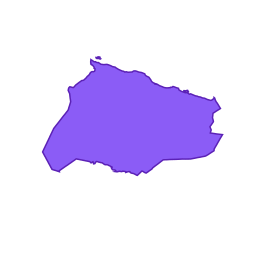 outline of Saudi Arabia, rotated 137°
{"feature_id": "SAU", "entity_name": "Saudi Arabia", "entity_type": "country or territory", "adm_level": 0, "iso_a3": "SAU", "parent_name": "Asia", "parent_adm1": "", "projection": "natural_earth1", "projection_center": [44.88, 24.248], "detail": "fine", "context": "isolated", "style": "filled", "palette": "violet", "viewbox_px": 256, "rotation_deg": 137, "n_neighbors": 0, "source": "natural_earth", "source_scale": "50m", "svg_char_len": 5110}
<svg xmlns="http://www.w3.org/2000/svg" viewBox="0 0 256 256"><g transform="rotate(137 128 128)"><path d="M182.7,178.3L180.8,178.6L179.0,178.9L176.9,179.2L174.4,179.6L172.5,179.9L169.6,180.4L167.1,180.8L164.7,181.1L162.3,181.5L160.2,181.8L159.0,182.2L157.6,183.1L155.4,184.3L153.2,185.6L152.0,186.3L150.8,188.0L150.2,188.9L149.1,190.4L148.2,191.6L147.2,193.0L146.8,194.3L146.1,196.3L145.6,196.7L144.6,197.4L143.7,197.8L142.4,197.8L141.6,196.6L140.8,195.3L140.3,194.8L140.0,194.8L138.6,194.9L137.0,195.1L135.0,194.9L132.8,194.7L130.7,194.4L129.6,194.3L128.3,193.4L127.9,193.3L127.6,193.2L125.9,193.2L124.3,193.2L122.7,193.5L121.1,193.4L119.5,193.5L118.9,193.8L118.3,193.8L117.9,194.1L117.6,194.2L117.2,194.0L116.7,194.0L115.9,193.8L115.4,193.3L115.0,192.8L114.5,192.6L114.0,192.4L113.5,192.4L113.0,192.7L112.6,193.0L111.7,193.9L111.7,194.2L112.1,194.8L111.9,195.0L111.4,195.4L111.2,196.2L111.2,196.7L111.1,197.9L111.3,198.8L111.6,199.1L111.6,199.5L111.5,200.3L111.0,200.5L110.6,201.3L110.4,201.6L110.0,202.0L108.5,203.3L108.4,202.6L107.9,201.4L107.9,200.6L107.7,199.8L107.3,199.2L106.5,198.6L106.4,197.7L105.9,196.8L105.1,196.2L104.7,194.9L104.4,193.2L102.5,190.9L100.0,188.9L99.3,187.7L98.1,185.3L97.5,183.5L95.9,181.3L95.8,180.5L95.6,179.5L95.2,178.3L95.0,177.4L93.4,173.6L92.8,172.9L92.4,172.1L92.3,171.4L92.1,171.0L91.0,170.4L89.9,168.7L86.7,166.1L85.1,165.9L83.9,165.0L83.0,163.7L82.0,161.6L80.3,159.4L78.8,156.2L79.3,155.0L79.3,154.2L78.9,152.8L78.4,151.7L78.1,150.7L78.3,149.3L78.5,147.6L78.8,146.8L79.0,145.8L78.7,143.9L78.2,142.9L78.3,142.2L77.8,141.9L77.3,141.1L77.8,141.1L77.0,140.1L76.6,139.5L76.3,138.2L75.9,137.1L74.7,134.7L74.1,133.2L72.7,131.3L71.2,129.9L70.2,129.3L69.8,128.7L69.0,128.7L68.1,127.8L67.5,127.8L66.8,127.7L65.9,126.1L65.2,124.6L64.0,122.6L64.3,122.1L64.7,121.3L64.5,120.2L64.3,119.4L63.8,118.1L62.0,114.7L61.5,114.3L60.8,113.7L60.3,112.2L60.1,110.9L58.9,110.3L56.8,105.6L55.6,104.0L55.2,102.9L53.8,101.1L53.1,99.3L51.7,97.6L50.5,94.7L48.7,91.8L47.9,91.3L45.9,91.1L45.0,90.9L44.3,91.6L44.2,90.7L44.8,89.6L45.6,87.3L45.8,85.3L47.1,79.2L48.8,79.5L50.2,79.8L52.2,80.2L54.3,80.5L55.5,80.8L55.9,80.7L57.6,79.2L59.2,77.9L60.1,76.2L61.0,74.6L61.5,74.3L62.8,74.0L65.0,73.5L67.1,73.1L67.3,72.9L67.8,71.6L68.4,70.0L68.6,69.9L68.7,69.7L70.3,68.8L71.2,68.2L69.9,66.6L68.7,65.1L67.4,63.4L66.2,62.0L64.5,60.0L63.4,58.7L65.4,58.1L67.6,57.5L69.8,56.8L72.4,56.0L74.5,55.3L77.6,54.4L79.1,53.9L79.4,53.8L80.6,52.7L82.3,53.0L84.9,53.5L87.5,53.9L90.1,54.5L91.0,54.9L93.5,56.5L95.2,57.5L97.1,58.8L99.6,60.3L101.2,61.3L103.4,62.7L105.1,64.2L107.2,66.1L109.5,68.3L111.4,69.9L114.1,72.2L116.7,74.5L119.2,76.7L121.3,78.4L123.9,80.7L124.1,80.7L126.7,81.0L130.3,81.3L133.8,81.7L137.0,82.0L138.4,81.7L139.9,81.9L142.0,82.2L143.2,82.3L145.5,82.7L146.2,84.1L146.5,85.2L146.7,86.2L147.4,87.1L149.0,87.0L150.4,87.0L152.1,87.0L153.5,87.0L154.0,87.9L154.2,88.8L155.0,90.9L156.2,92.6L156.5,93.2L156.7,94.1L156.5,94.4L156.4,94.8L157.3,95.7L158.7,96.5L159.3,96.7L159.9,97.0L159.4,97.6L160.3,98.8L161.3,100.0L162.3,100.3L163.8,102.2L165.9,103.4L167.2,105.0L166.7,104.8L166.2,104.6L166.1,104.8L166.1,105.5L166.3,106.3L166.9,106.9L167.5,107.4L167.8,108.4L167.3,110.4L167.2,110.4L166.9,110.2L166.5,110.1L166.3,110.3L166.8,111.7L167.2,112.8L167.6,113.7L168.0,114.9L168.4,115.5L169.8,116.8L170.2,117.9L170.6,120.1L171.5,121.2L172.0,122.1L172.6,122.9L173.1,123.9L173.7,124.8L174.0,125.0L174.4,125.0L175.0,125.0L175.7,124.8L176.4,124.6L176.9,125.1L177.5,125.0L177.6,125.4L177.2,125.9L176.7,127.2L177.4,127.4L178.1,127.5L178.5,127.7L178.8,127.7L178.8,128.0L178.9,129.2L179.0,129.7L179.3,130.1L179.8,130.7L180.2,131.4L180.7,132.0L181.1,132.6L181.6,133.2L182.0,133.9L182.5,134.5L182.9,135.1L183.4,135.8L183.8,136.4L184.3,137.0L184.7,137.6L185.2,138.3L185.6,138.9L186.1,139.5L186.5,140.1L186.9,140.7L187.6,140.8L187.8,140.8L188.4,140.9L189.3,141.0L190.5,141.2L192.0,141.4L193.6,141.6L195.4,141.9L197.1,142.1L198.9,142.4L200.7,142.7L202.3,142.9L203.7,143.1L205.0,143.3L205.9,143.4L206.5,143.5L207.4,143.6L207.5,143.6L208.0,142.8L208.6,143.9L209.1,144.8L209.8,146.1L210.6,147.4L211.3,148.6L211.8,149.6L211.5,150.5L211.3,151.6L211.0,152.6L210.7,153.7L210.4,154.8L210.2,155.8L209.9,156.9L209.6,157.9L209.3,159.0L209.1,160.0L208.8,161.1L208.5,162.2L208.2,163.2L208.0,164.3L207.7,165.3L207.4,166.4L207.1,167.5L206.8,168.7L205.9,169.1L204.6,169.6L203.2,170.2L201.8,170.7L200.4,171.3L199.0,171.8L197.7,172.3L196.3,172.9L194.9,173.4L193.5,174.0L192.1,174.5L190.8,175.1L189.4,175.6L188.0,176.2L186.6,176.7L185.2,177.3L183.8,177.8L182.7,178.3ZM101.9,200.0L102.6,200.1L102.3,199.8L102.2,199.6L102.5,199.2L103.4,200.1L103.4,201.2L103.3,201.4L103.1,201.2L102.9,201.0L102.9,200.7L102.6,200.5L101.7,200.6L101.2,200.3L100.4,199.4L100.2,198.8L100.5,198.7L100.9,198.3L101.1,197.8L100.9,197.3L101.4,197.4L101.6,197.9L101.7,199.2L101.7,199.4L101.6,199.7L101.9,200.0ZM61.8,117.2L61.6,117.2L61.1,116.6L60.7,116.1L60.4,115.8L58.9,115.1L58.7,114.7L58.9,114.3L59.1,114.7L59.4,115.0L60.6,115.5L62.0,116.8L61.8,117.2ZM59.4,114.1L59.0,113.9L59.1,113.1L59.4,112.7L59.3,113.3L59.4,113.9L59.4,114.1Z" fill="#8b5cf6" stroke="#5b21b6" stroke-width="1.5"/></g></svg>